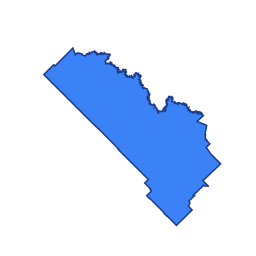 outline of Las Colonias, Santa Fe, Argentina, rotated 304°
{"feature_id": "61730980B52273662212744", "entity_name": "Las Colonias", "entity_type": "district", "adm_level": 2, "iso_a3": "ARG", "parent_name": "Argentina", "parent_adm1": "Santa Fe", "projection": "mercator", "projection_center": [-60.871, -31.246], "detail": "fine", "context": "isolated", "style": "filled", "palette": "blue", "viewbox_px": 256, "rotation_deg": 304, "n_neighbors": 0, "source": "geoboundaries", "source_scale": "gbopen_adm2", "svg_char_len": 5978}
<svg xmlns="http://www.w3.org/2000/svg" viewBox="0 0 256 256"><g transform="rotate(304 128 128)"><path d="M150.1,224.8L152.8,211.0L155.8,203.6L160.6,204.8L161.5,200.4L161.9,200.5L162.4,198.6L161.9,198.5L165.1,196.2L165.8,196.2L166.0,195.5L166.8,194.9L174.2,191.8L172.1,181.6L180.3,183.5L180.2,183.2L180.7,182.5L180.4,181.6L181.2,181.7L181.7,180.3L181.4,180.0L180.9,180.7L180.5,180.2L180.9,179.6L181.6,179.4L181.5,178.5L180.9,178.4L181.2,177.9L181.0,177.6L179.9,178.6L179.8,177.8L179.4,177.9L179.2,178.4L178.8,178.3L179.1,176.3L179.6,177.0L179.6,176.0L180.2,176.2L180.4,175.9L180.2,174.7L179.5,174.7L179.1,174.3L178.5,174.5L178.1,173.2L177.7,173.7L177.7,173.1L177.1,172.5L176.9,172.7L177.5,173.6L176.7,173.2L176.5,172.6L177.0,171.7L177.0,170.7L175.6,170.5L177.2,170.1L177.6,169.6L177.6,169.3L176.9,169.2L176.3,168.1L177.3,168.3L177.0,167.5L177.3,167.0L177.4,167.7L177.9,167.1L178.4,167.4L179.1,167.0L178.2,166.7L178.4,166.0L178.1,165.2L179.4,164.4L179.2,163.9L180.1,163.3L179.7,163.4L178.5,162.8L178.8,161.9L179.5,161.9L180.1,162.4L179.9,161.3L179.0,161.6L178.7,160.7L179.3,160.4L179.5,159.7L178.1,159.9L178.2,159.2L177.8,158.8L177.9,157.7L177.7,156.7L177.2,156.7L177.3,155.7L176.7,155.5L176.5,156.0L175.9,155.7L175.4,156.3L175.2,156.1L175.9,154.6L175.5,154.5L175.4,153.6L174.3,152.8L176.1,152.1L176.1,151.8L175.2,151.6L174.7,150.9L174.5,150.3L174.8,149.2L176.4,149.4L177.8,148.4L176.7,148.1L178.2,147.1L177.3,146.6L177.2,146.0L177.6,146.4L178.0,146.2L177.1,145.8L177.4,144.6L176.8,144.1L176.3,144.2L175.6,144.4L175.1,145.1L174.8,144.1L174.8,145.2L174.5,145.5L174.0,145.0L173.8,144.1L173.0,144.5L173.5,144.8L173.3,145.3L172.4,144.0L172.0,144.0L171.8,144.4L172.3,145.1L171.0,145.1L170.2,145.6L171.0,146.6L170.0,146.0L169.4,146.4L169.1,147.1L169.8,146.9L169.7,147.3L169.0,147.6L167.9,147.2L167.3,148.6L167.2,147.4L166.5,146.7L166.1,146.8L166.5,147.4L166.2,147.7L166.1,147.1L165.5,147.6L164.6,147.1L164.3,147.8L164.8,148.2L164.6,148.9L162.5,149.4L162.3,148.6L163.2,147.0L162.7,147.3L162.2,146.8L161.4,146.7L160.9,147.3L160.7,146.5L160.0,146.1L159.9,145.0L158.8,144.9L158.3,144.3L157.3,144.8L157.2,144.2L158.4,143.9L158.7,143.4L159.2,143.3L158.5,142.7L158.7,141.9L160.1,141.7L159.9,140.5L160.9,139.6L160.9,139.0L160.2,138.6L161.1,138.6L161.2,137.6L162.1,137.3L162.1,136.8L161.8,137.2L161.4,137.0L161.2,136.3L161.4,135.8L160.5,135.5L160.4,134.5L159.8,133.8L160.1,132.9L160.7,133.5L161.0,132.7L160.3,132.5L160.1,132.1L160.8,131.9L161.4,132.4L161.8,131.8L161.8,131.2L161.2,131.4L161.2,131.1L161.8,130.7L163.0,130.8L162.9,130.1L163.3,129.6L162.8,129.5L162.3,128.9L162.9,128.7L164.0,129.2L164.5,128.6L164.4,128.1L163.4,128.0L163.4,127.2L164.5,127.0L165.2,127.8L165.3,126.9L166.7,127.7L167.4,127.3L166.7,127.2L166.8,126.9L168.2,127.1L168.4,126.5L167.8,125.8L168.7,125.8L168.7,124.3L169.0,124.2L169.4,124.7L169.8,124.5L170.6,122.1L171.1,122.0L170.4,119.6L169.7,119.1L170.4,118.6L169.4,117.7L170.1,116.6L171.8,116.9L172.0,116.6L171.6,115.7L170.8,116.0L171.0,115.1L171.8,115.4L172.0,115.2L171.0,114.6L171.9,114.1L171.5,113.4L172.2,113.3L172.3,114.0L173.1,113.3L173.2,112.6L172.5,112.3L172.5,111.7L173.8,111.7L174.2,112.3L174.8,111.6L174.3,109.8L175.8,110.1L176.4,109.7L177.1,110.1L177.8,109.5L178.3,109.8L178.6,109.1L177.9,108.7L177.9,108.1L178.5,108.0L178.2,107.6L177.7,107.5L177.2,108.1L177.0,107.7L177.6,106.8L177.8,107.2L178.2,106.5L179.1,106.2L178.6,105.8L177.9,106.0L177.9,105.5L178.5,105.4L178.4,104.0L178.0,103.7L178.0,104.0L177.4,104.1L175.6,103.1L175.3,103.4L175.1,104.9L174.4,105.0L173.3,102.9L172.2,104.1L172.1,102.6L172.4,102.3L172.9,102.5L173.2,101.9L172.4,102.1L172.1,100.3L171.6,100.8L171.6,100.1L171.2,99.9L170.8,100.3L170.7,99.6L170.1,99.5L169.9,99.1L170.0,98.7L170.3,99.3L170.6,98.8L169.7,97.7L170.3,97.8L170.8,98.4L171.0,98.1L170.6,97.6L171.3,96.7L170.5,96.3L170.4,95.7L171.2,95.6L171.4,95.0L172.0,94.9L172.2,94.2L172.6,95.7L172.7,94.9L173.1,95.2L173.2,94.5L173.7,94.8L173.8,94.1L174.3,93.9L174.4,93.2L175.2,93.6L175.3,93.4L173.5,91.9L173.7,91.6L174.4,92.0L173.7,91.1L172.9,91.7L172.8,91.1L172.2,91.2L172.0,90.7L172.1,91.2L171.3,91.3L171.5,91.0L170.9,90.6L171.1,90.2L170.3,90.2L170.2,90.8L169.9,90.0L169.2,89.8L168.8,89.1L167.9,88.8L168.9,87.7L170.0,88.4L169.8,88.9L170.1,89.0L170.7,88.0L169.9,87.7L170.2,86.8L170.5,86.7L171.5,87.6L171.6,86.6L170.8,86.1L171.6,85.9L171.8,86.4L172.5,86.1L171.9,85.4L171.4,85.4L171.9,84.7L171.6,83.5L171.3,83.6L171.3,84.1L171.0,84.0L171.1,82.9L172.4,82.1L172.1,81.8L171.5,82.1L171.2,81.7L171.8,81.2L171.3,81.1L171.8,80.0L171.1,79.0L171.2,78.7L171.8,79.1L172.4,78.7L171.9,78.0L172.8,78.1L173.0,76.6L172.8,76.3L172.2,76.7L171.1,76.3L170.6,76.5L170.0,74.5L169.2,74.2L168.8,73.7L169.5,73.4L169.4,72.9L170.3,72.4L170.5,71.9L171.0,71.9L171.4,71.5L174.0,72.8L174.1,73.2L174.6,73.1L174.2,72.2L174.4,71.8L175.2,72.6L175.5,71.6L176.1,71.6L176.5,72.2L177.3,72.1L177.5,72.4L178.6,72.3L179.1,71.6L178.1,71.2L178.3,70.2L176.9,68.7L177.2,68.1L177.1,66.8L176.6,66.2L175.7,66.7L175.3,66.3L175.5,65.9L176.3,65.8L175.6,65.4L175.6,64.7L174.5,64.9L174.7,64.3L175.4,63.8L175.4,63.4L174.6,63.2L173.6,63.7L173.5,63.3L173.8,62.8L173.0,62.2L172.7,61.2L172.5,61.6L171.4,61.8L171.4,61.4L172.0,60.9L172.7,60.8L172.4,60.1L171.9,60.1L171.9,59.0L172.0,58.7L172.5,58.9L172.3,58.3L172.8,58.4L172.7,58.1L173.1,57.9L173.2,57.4L172.0,57.5L171.9,56.4L170.6,56.1L170.4,55.2L168.7,55.2L168.8,54.4L168.4,54.8L167.4,54.4L167.1,54.2L167.6,54.1L168.0,53.6L166.2,52.2L164.4,52.5L163.7,52.2L163.2,49.8L163.5,49.2L163.1,48.8L163.5,47.9L162.9,46.3L162.4,46.1L162.3,45.6L162.5,45.4L161.8,44.5L162.0,44.3L160.6,43.5L159.2,43.4L163.5,37.6L138.6,32.8L138.9,31.0L125.2,28.3L113.5,88.5L110.6,104.3L110.8,104.4L105.3,132.0L104.7,131.8L96.7,173.7L91.7,172.6L90.0,181.0L89.3,180.9L88.9,182.7L82.3,181.4L81.5,185.1L81.9,185.2L77.8,205.8L77.4,205.7L76.6,209.6L77.0,209.6L74.3,222.6L95.9,227.0L96.9,222.0L100.5,221.2L101.6,219.4L109.2,221.0L108.9,219.7L122.9,222.8L122.8,223.4L123.2,224.9L124.4,226.5L124.6,227.7L126.3,219.6L150.1,224.8Z" fill="#3b82f6" stroke="#1e3a8a" stroke-width="1.5"/></g></svg>